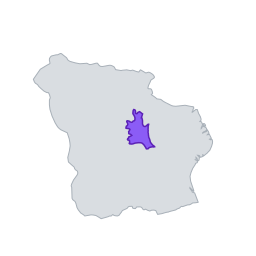 location of Nassarawa within Nigeria, rotated 251°
{"feature_id": "NGA-2867", "entity_name": "Nassarawa", "entity_type": "State", "adm_level": 1, "iso_a3": "NGA", "parent_name": "Nigeria", "parent_adm1": "", "projection": "albers", "projection_center": [8.322, 8.561], "detail": "fine", "context": "in_parent", "style": "filled", "palette": "violet", "viewbox_px": 256, "rotation_deg": 251, "n_neighbors": 0, "source": "natural_earth", "source_scale": "10m", "svg_char_len": 5419}
<svg xmlns="http://www.w3.org/2000/svg" viewBox="0 0 256 256"><g transform="rotate(251 128 128)"><path d="M204.9,54.4L212.1,64.2L213.7,71.5L214.3,75.1L215.5,75.5L217.7,75.7L219.3,76.4L220.3,77.6L220.9,78.7L221.0,79.3L220.6,83.8L220.1,85.4L220.4,87.5L220.4,88.5L220.1,89.1L219.2,89.8L217.8,90.6L214.6,92.7L213.7,93.0L212.4,93.1L211.2,93.7L209.9,94.8L206.9,99.1L204.4,103.4L202.6,110.2L200.4,112.4L200.0,114.3L199.7,118.6L199.4,119.9L199.0,120.3L196.6,121.1L195.2,122.1L194.4,124.1L193.4,130.7L193.0,131.8L192.3,132.9L191.0,134.2L190.0,134.9L187.2,135.3L184.5,140.3L184.5,141.2L183.4,145.7L181.4,149.1L181.2,151.3L178.7,154.3L177.4,156.4L178.8,158.5L178.9,158.8L174.5,162.5L174.2,163.0L174.1,165.5L173.7,166.2L172.9,167.1L171.7,168.1L170.5,168.9L169.2,169.4L167.9,169.6L167.1,169.3L166.7,168.6L165.9,165.5L165.5,164.9L164.7,164.3L161.3,161.0L159.2,159.8L158.7,159.9L158.4,160.2L157.8,161.9L157.3,162.5L156.2,162.8L154.3,162.8L152.9,162.6L152.6,162.2L151.9,160.9L147.7,164.0L146.2,164.7L144.4,168.3L141.7,170.1L139.9,171.7L134.9,176.6L134.0,178.0L133.0,180.2L130.9,189.4L127.5,195.2L127.0,196.4L126.8,196.3L126.4,196.9L125.0,196.5L124.5,195.5L123.6,195.3L122.2,193.7L121.9,194.0L123.4,198.0L122.9,199.5L118.7,199.5L115.1,200.1L112.6,200.0L111.4,199.4L110.8,198.0L110.6,198.1L110.5,198.9L109.7,199.5L106.9,199.6L105.7,198.6L104.7,197.5L103.6,197.0L103.8,197.5L105.0,198.6L104.9,200.2L102.6,202.0L101.2,202.1L100.3,201.3L99.9,200.0L99.7,198.1L99.1,196.8L98.8,196.8L99.1,198.9L99.1,200.9L100.2,202.4L98.6,202.8L96.6,202.9L96.4,202.3L96.1,201.1L95.8,200.7L95.4,202.9L91.3,203.4L90.8,203.3L90.6,202.9L91.0,202.4L90.9,201.4L90.0,202.1L89.8,203.6L89.3,203.8L87.8,203.6L86.1,202.9L83.4,201.0L80.1,197.9L79.6,196.6L78.6,194.9L76.9,190.3L77.3,190.1L78.0,190.4L78.4,189.9L77.0,189.6L76.7,189.3L76.7,188.3L76.7,187.0L78.8,186.4L79.3,185.6L79.6,184.9L77.0,186.0L74.6,184.7L74.1,183.9L74.4,183.3L77.2,183.3L78.2,182.7L77.5,182.5L76.5,182.5L76.1,182.1L76.1,181.2L75.8,181.4L75.3,182.2L73.7,182.8L72.7,182.2L72.6,180.8L72.4,180.2L71.6,179.7L68.8,176.1L65.3,173.0L62.1,170.9L57.3,169.9L47.3,169.8L46.7,169.5L47.3,169.0L48.2,168.7L51.5,167.1L50.9,166.8L47.5,167.9L46.4,167.9L44.9,169.9L35.0,170.2L35.0,169.3L35.5,166.7L36.1,164.9L35.5,162.6L35.4,160.6L35.8,160.0L35.9,159.2L35.9,154.0L36.4,153.3L36.5,152.8L35.5,150.5L35.5,148.8L35.3,147.2L35.0,146.5L35.5,140.1L35.4,138.6L35.7,137.5L35.9,134.8L36.0,132.1L36.7,127.9L40.9,127.4L41.9,125.8L42.6,123.7L42.4,121.6L43.8,119.8L45.5,118.2L45.4,116.5L45.9,115.9L46.7,115.5L47.8,115.3L49.1,114.5L49.8,112.9L50.5,110.5L49.4,108.8L49.5,108.4L49.9,107.5L50.5,106.6L51.1,106.3L52.3,106.5L52.7,106.2L53.5,103.5L53.4,102.7L52.3,100.9L51.8,96.0L51.4,95.3L50.6,94.4L48.3,90.9L48.3,89.3L49.3,87.2L50.0,86.2L50.9,85.7L51.1,85.2L50.8,84.6L50.4,84.1L50.3,83.2L50.8,81.9L50.6,80.4L51.0,73.1L52.9,71.6L55.7,69.2L57.1,66.7L57.9,64.8L58.9,58.5L60.3,57.8L63.1,55.6L66.9,54.3L69.3,53.9L73.6,54.2L75.8,54.0L77.7,52.7L78.5,52.4L79.7,52.2L90.3,55.5L91.3,55.4L92.1,55.6L93.4,56.5L96.6,59.6L99.9,64.3L100.9,65.4L101.9,65.9L103.0,66.1L103.8,66.0L104.5,65.6L105.6,64.7L107.1,64.3L108.4,64.4L115.1,60.7L115.7,60.7L119.8,61.5L125.4,65.1L129.9,67.5L133.1,68.3L136.9,68.9L143.3,69.0L148.2,63.9L149.9,62.8L152.1,61.8L156.6,60.8L164.0,60.1L171.0,60.3L175.4,61.2L180.0,62.8L182.0,64.4L185.1,64.6L187.3,64.3L188.0,62.7L190.2,60.6L193.6,58.6L196.3,57.2L198.5,56.6L200.5,55.0L202.1,54.5L204.9,54.4ZM107.2,201.7L105.6,202.2L104.6,202.0L106.0,200.0L106.7,200.4L107.6,200.6L107.2,201.7Z" fill="#d9dde1" stroke="#a8b0b8" stroke-width="1"/><path d="M143.6,139.5L143.1,140.2L142.5,140.6L142.1,140.6L141.6,140.6L141.1,140.4L140.7,140.4L140.3,140.2L139.6,139.9L139.2,140.1L138.9,140.4L138.8,140.8L138.7,141.3L139.5,142.4L139.6,143.2L139.6,143.5L139.7,144.2L139.4,144.5L137.1,146.0L136.6,146.4L133.6,144.2L133.6,144.3L133.0,144.4L131.3,144.3L130.2,144.1L127.0,143.0L125.0,143.2L124.1,144.0L123.8,145.1L124.2,146.2L124.9,147.8L125.0,148.4L124.8,148.7L124.7,148.6L124.3,148.5L124.0,148.2L123.2,147.8L122.9,147.4L122.4,147.3L121.9,147.2L121.4,147.1L120.6,146.6L120.1,146.5L118.8,146.2L118.6,146.1L117.8,145.7L117.2,145.5L116.1,145.4L115.6,145.3L114.8,145.0L113.8,144.9L113.0,144.7L112.8,144.6L112.6,144.6L110.4,144.8L107.6,144.6L107.1,144.6L103.9,145.7L103.1,146.2L103.1,146.3L102.7,146.6L102.1,146.9L101.8,147.1L101.6,147.1L101.7,146.4L101.8,145.8L102.1,145.3L102.3,144.8L102.6,142.5L102.5,141.5L101.8,140.1L102.2,139.1L102.3,138.6L104.5,138.2L106.8,137.6L108.8,136.6L109.5,135.9L110.0,135.0L110.7,133.1L111.4,129.9L111.4,128.4L111.4,127.4L111.8,125.7L112.1,125.2L112.4,125.0L112.5,124.7L112.5,124.4L112.9,124.2L113.1,124.6L113.5,124.8L114.0,124.7L114.4,125.0L114.6,125.1L114.9,125.1L115.4,125.3L116.0,125.1L116.6,124.0L117.5,123.8L118.0,124.3L118.2,124.6L118.2,125.0L118.7,125.5L119.3,125.8L119.4,127.7L119.8,129.2L121.1,128.5L122.0,127.3L122.4,126.9L122.9,127.1L124.3,127.4L124.9,128.3L125.3,128.6L125.5,128.9L125.8,129.3L126.5,129.2L127.1,128.5L127.6,127.7L128.0,126.7L128.6,126.0L129.5,126.5L130.3,127.1L130.5,128.1L131.3,128.9L132.3,129.1L133.3,129.1L133.6,129.0L133.9,128.9L134.3,128.8L134.8,129.1L135.1,129.4L135.0,129.9L134.7,130.4L134.1,131.3L133.7,131.7L133.1,131.9L132.8,132.4L132.4,132.9L132.1,133.6L132.4,134.4L132.8,134.9L132.9,135.5L132.8,136.3L133.2,137.0L134.5,137.6L135.4,137.9L136.9,137.9L138.3,137.7L139.3,137.4L140.3,137.4L142.1,138.2L143.0,138.7L143.6,139.5Z" fill="#8b5cf6" stroke="#5b21b6" stroke-width="1.5"/></g></svg>